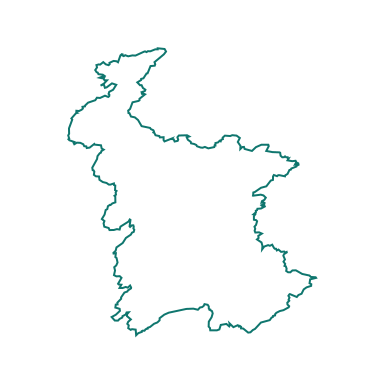 outline of Cuautla, Jalisco, Mexico, rotated 78°
{"feature_id": "50627088B81723111751248", "entity_name": "Cuautla", "entity_type": "district", "adm_level": 2, "iso_a3": "MEX", "parent_name": "Mexico", "parent_adm1": "Jalisco", "projection": "equal_earth", "projection_center": [-104.52, 20.204], "detail": "fine", "context": "isolated", "style": "outline", "palette": "teal", "viewbox_px": 384, "rotation_deg": 78, "n_neighbors": 0, "source": "geoboundaries", "source_scale": "gbopen_adm2", "svg_char_len": 6027}
<svg xmlns="http://www.w3.org/2000/svg" viewBox="0 0 384 384"><g transform="rotate(78 192 192)"><path d="M299.8,93.4L298.1,94.5L295.1,101.2L290.2,106.7L289.6,110.1L291.0,112.5L290.5,114.7L288.8,116.3L286.7,115.4L284.2,115.7L283.5,116.9L281.7,115.8L279.2,117.0L277.3,115.1L273.3,115.9L271.9,114.9L270.8,111.9L270.3,111.9L270.6,113.4L269.4,114.2L269.1,117.3L266.3,119.4L266.8,121.2L265.0,121.6L264.7,122.9L263.6,123.5L260.2,124.5L260.8,127.0L259.8,128.6L260.4,132.7L262.7,135.3L259.4,134.3L255.8,134.5L251.9,138.3L250.8,136.4L248.7,136.3L247.2,132.3L245.4,134.8L244.8,138.5L242.9,138.8L241.1,137.8L238.9,138.1L237.5,136.2L234.1,134.4L232.9,135.1L232.0,137.2L228.6,136.5L227.1,134.9L226.6,136.4L225.1,133.7L223.6,133.5L223.3,132.2L222.0,131.5L222.5,127.9L221.3,123.8L220.5,124.0L220.1,126.4L219.4,126.9L218.6,123.7L217.8,123.3L216.8,124.4L216.9,126.2L215.5,125.5L214.7,122.8L212.9,121.0L210.2,122.8L208.9,125.3L208.3,133.1L207.8,133.8L208.0,132.9L205.2,132.1L205.1,130.6L202.2,123.6L201.9,118.1L197.2,112.6L197.0,110.3L193.6,109.5L192.4,108.4L194.2,105.5L193.5,104.2L193.8,102.8L196.0,97.8L195.2,97.5L194.2,94.8L190.7,92.1L190.7,90.7L189.7,90.0L188.8,84.7L186.6,84.3L186.6,85.6L185.5,84.7L186.5,83.2L187.8,83.1L187.5,82.1L186.0,82.1L185.1,83.5L183.0,84.2L182.7,87.5L180.9,92.0L179.4,90.6L179.5,91.2L177.9,91.2L177.7,92.6L176.5,93.6L177.1,94.7L176.8,96.5L174.9,97.8L171.9,97.6L171.4,98.3L169.7,105.0L167.3,110.8L163.1,107.4L161.9,107.5L161.6,108.6L161.8,106.9L160.2,114.3L161.4,120.1L164.3,124.8L160.8,131.6L158.7,131.8L158.5,133.4L160.0,135.8L157.0,135.0L152.6,136.8L149.1,134.0L146.1,136.7L144.8,140.8L145.2,143.0L143.7,148.1L145.2,150.7L146.7,150.8L146.9,152.4L148.4,153.4L147.6,154.3L148.9,156.2L149.0,158.9L151.3,159.4L151.0,160.1L152.7,160.9L152.7,167.0L150.6,170.0L150.9,172.4L150.3,174.3L148.3,177.6L146.9,178.0L145.5,179.9L144.2,182.8L142.7,182.8L140.0,185.2L137.4,185.8L137.1,183.2L135.5,185.0L134.0,193.1L135.4,194.9L137.9,194.6L139.0,195.4L139.0,198.5L136.6,199.0L135.9,201.1L135.5,200.6L136.8,208.4L135.3,209.0L132.5,208.4L131.9,212.1L130.5,212.3L128.9,215.9L126.4,216.5L125.7,217.4L124.8,216.6L123.5,217.0L122.0,219.1L120.6,219.7L117.1,227.6L110.4,229.8L107.1,232.4L105.5,236.0L101.9,236.8L101.6,237.7L99.1,237.5L97.9,235.3L91.9,231.5L91.8,225.5L91.4,224.3L89.9,224.0L86.7,217.6L85.6,219.1L85.8,221.2L85.0,220.0L83.9,220.5L83.4,217.1L82.3,216.3L80.0,218.4L77.0,219.1L76.8,220.6L73.4,222.7L71.9,218.5L70.8,218.2L70.7,215.9L66.6,211.8L66.7,210.8L60.2,206.4L60.7,202.2L59.4,201.4L57.2,201.7L51.5,190.9L49.2,188.2L46.4,189.1L44.3,195.7L45.3,195.9L44.8,198.2L45.7,203.5L45.1,205.9L45.7,207.4L44.7,208.7L44.8,209.9L46.8,218.9L46.0,221.9L46.0,226.2L44.3,228.9L44.9,230.5L43.9,231.8L43.0,231.3L42.6,232.0L43.5,233.6L49.7,237.4L48.4,238.7L47.5,241.5L48.5,245.9L49.9,246.0L50.6,247.2L49.2,249.8L46.5,251.8L48.3,255.4L47.8,256.7L48.0,259.1L50.4,259.0L52.6,261.3L55.0,260.4L55.6,259.4L57.3,259.0L58.7,254.9L60.1,253.6L61.0,258.6L62.0,256.4L62.0,254.2L63.0,255.0L64.5,254.3L65.1,251.9L67.6,255.5L68.9,259.3L68.4,255.9L72.0,255.5L71.9,253.7L69.1,247.7L71.4,243.8L75.6,247.9L76.8,252.1L78.7,253.2L79.8,252.6L81.1,253.1L81.6,254.2L79.7,257.1L80.9,262.4L80.0,265.4L82.1,267.5L83.0,275.1L85.2,278.6L86.0,278.9L85.9,281.4L87.7,281.4L88.6,282.9L89.3,285.7L88.5,288.2L90.0,288.6L90.8,287.8L90.9,289.2L95.0,294.7L96.3,294.1L104.2,299.1L109.5,300.1L110.9,301.3L114.2,301.0L114.7,301.9L115.9,301.2L118.6,296.7L119.3,297.6L120.8,297.2L119.8,294.4L120.7,291.0L122.7,288.4L124.8,287.9L125.4,285.9L127.1,285.8L127.3,282.9L124.7,277.6L125.4,277.4L127.4,271.3L130.7,271.3L132.2,269.6L133.2,272.2L134.6,272.9L134.9,274.2L137.3,277.0L140.0,278.0L147.5,284.5L150.0,284.6L150.3,283.8L151.7,283.3L154.8,284.4L156.7,282.7L157.5,279.7L160.8,280.0L163.7,277.2L165.4,273.7L167.4,271.9L167.8,270.3L167.4,266.6L169.0,266.8L169.7,265.7L174.2,266.9L175.3,265.6L176.6,266.8L178.8,266.9L179.6,268.6L180.5,268.0L186.2,269.1L186.6,272.3L187.8,274.4L187.5,275.0L188.4,277.2L191.1,278.4L191.7,280.2L195.9,282.2L199.7,285.8L202.2,283.7L204.3,285.0L207.7,285.0L209.9,281.0L212.1,280.6L212.9,276.3L212.7,273.2L213.7,270.6L211.0,269.2L207.7,260.2L205.9,258.6L206.5,258.0L212.6,260.2L213.3,259.8L212.1,257.7L212.4,256.3L213.9,256.2L215.5,256.9L216.9,256.3L218.9,257.3L219.3,259.2L221.0,260.7L223.2,266.2L227.5,270.4L230.5,277.4L233.6,278.9L235.2,281.5L235.9,281.5L236.1,279.2L239.7,280.5L240.9,279.5L245.5,279.5L248.1,281.4L249.4,283.7L252.8,283.6L257.1,285.6L258.8,283.5L259.3,280.2L261.3,278.8L266.4,283.4L267.2,282.9L268.0,280.4L270.8,282.8L271.5,279.9L271.1,276.6L272.2,274.7L270.6,272.0L272.8,271.4L273.6,271.7L275.0,275.2L275.9,275.9L276.3,279.0L280.4,283.3L281.7,283.5L284.7,288.0L286.5,288.2L286.3,290.0L289.1,291.0L291.2,287.1L293.3,287.2L296.2,292.0L297.6,296.6L301.7,294.2L302.4,291.1L301.1,289.2L300.3,286.3L299.0,285.8L298.1,282.4L296.2,281.0L296.5,278.9L298.0,280.9L299.9,281.4L303.9,278.3L305.7,281.4L307.5,282.7L309.3,281.6L311.9,282.7L314.1,280.6L313.7,279.2L314.9,275.7L320.5,276.4L318.9,273.9L318.4,270.2L317.7,270.1L317.4,269.1L317.8,267.3L316.6,265.9L316.4,263.7L315.6,263.6L315.3,261.1L313.0,256.5L312.4,253.0L310.8,250.4L308.7,249.9L306.2,244.6L305.2,239.8L305.2,221.8L306.4,214.9L308.4,210.7L306.6,208.1L306.7,206.0L305.8,204.2L304.3,203.1L305.6,200.1L307.4,199.4L309.6,199.8L311.0,198.7L311.0,197.6L311.3,198.8L312.7,197.2L315.1,197.0L318.6,198.9L322.3,202.5L327.1,203.7L328.8,202.7L331.1,202.9L332.5,196.4L332.1,193.8L328.0,191.5L328.2,185.8L331.2,183.5L330.2,182.6L328.3,182.6L332.8,179.6L331.8,174.9L333.5,174.0L332.9,173.1L334.1,172.0L335.6,172.4L336.2,170.3L341.2,166.3L341.4,164.0L339.7,161.3L339.0,158.8L334.0,151.7L333.5,142.6L331.4,140.3L331.1,138.9L330.1,138.5L330.0,136.4L328.8,136.1L327.7,134.6L326.7,130.9L326.6,127.1L324.9,121.4L323.9,120.7L321.9,122.0L320.1,121.8L318.6,119.5L317.6,120.0L315.6,118.6L313.6,119.3L312.5,118.2L312.2,117.5L316.5,111.3L314.9,109.3L314.3,106.0L310.5,103.0L309.1,99.8L308.6,95.0L307.0,94.5L305.7,96.0L302.0,94.6L301.8,88.5L301.1,88.8L299.8,93.4Z" fill="none" stroke="#0f766e" stroke-width="2"/></g></svg>